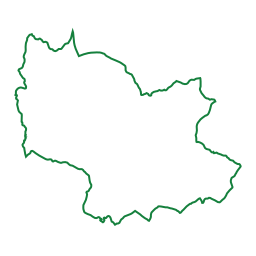 Lolotoe, Bobonaro, East Timor
{"feature_id": "22284137B16004980931012", "entity_name": "Lolotoe", "entity_type": "district", "adm_level": 2, "iso_a3": "TLS", "parent_name": "East Timor", "parent_adm1": "Bobonaro", "projection": "natural_earth1", "projection_center": [125.249, -9.146], "detail": "fine", "context": "isolated", "style": "outline", "palette": "green", "viewbox_px": 256, "rotation_deg": 0, "n_neighbors": 0, "source": "geoboundaries", "source_scale": "gbopen_adm2", "svg_char_len": 5701}
<svg xmlns="http://www.w3.org/2000/svg" viewBox="0 0 256 256"><path d="M72.7,31.3L72.1,33.5L71.2,37.5L70.7,38.9L68.1,43.2L65.9,43.7L64.9,44.2L61.5,48.7L61.0,49.0L58.7,49.0L56.9,50.5L55.6,51.1L54.6,51.0L53.3,50.4L52.9,49.7L52.1,49.2L50.7,49.1L49.6,48.4L49.0,47.5L47.4,42.8L47.1,42.5L45.9,41.9L45.2,41.8L43.7,42.2L42.7,41.5L41.9,40.1L40.1,38.7L39.4,38.6L38.2,39.4L35.8,39.1L35.3,38.8L34.6,37.9L33.8,36.2L32.5,35.7L31.8,34.2L30.9,34.6L30.0,34.7L29.3,35.2L27.2,38.1L27.1,40.0L26.0,42.9L25.8,44.3L25.6,46.8L25.7,50.2L25.5,51.9L24.3,54.4L23.8,55.9L23.7,56.6L23.8,57.4L24.4,58.6L24.6,59.4L24.6,60.4L24.5,61.9L23.3,64.4L22.8,66.6L22.1,67.7L21.6,68.1L19.1,69.2L18.6,70.0L18.5,70.6L19.5,71.8L20.2,74.0L21.7,76.1L22.1,76.8L23.1,78.1L24.3,78.8L24.6,79.3L24.8,80.8L24.8,81.2L24.2,82.1L24.2,82.8L24.5,83.6L25.8,85.8L26.1,86.6L26.0,87.9L25.8,88.3L24.9,88.6L21.6,87.6L20.4,87.5L19.0,87.9L18.1,88.4L17.2,89.2L16.1,90.7L15.9,91.6L15.9,93.8L15.4,95.0L16.2,95.4L16.7,95.2L16.9,95.3L16.9,95.8L16.1,97.6L16.1,98.4L16.2,98.8L17.0,99.3L17.9,100.5L17.1,104.5L18.5,110.4L19.1,111.7L21.1,113.6L21.5,113.8L21.7,114.3L21.8,115.4L21.6,121.8L21.9,122.2L22.2,122.3L22.4,122.9L22.4,123.5L22.3,124.7L22.6,125.2L24.0,125.6L24.3,125.9L24.8,126.8L25.7,127.7L26.1,128.8L26.0,130.2L25.4,131.6L25.4,133.2L25.3,134.4L25.8,134.8L25.7,135.2L25.2,135.3L25.1,135.9L25.2,136.5L25.4,137.1L25.8,137.2L25.4,137.8L25.6,138.5L25.3,138.7L25.1,139.9L24.7,140.5L24.4,140.4L24.1,140.5L24.0,141.2L24.1,142.1L23.9,142.8L22.9,144.0L22.5,144.9L23.0,146.5L24.3,148.1L24.3,148.8L25.2,153.9L26.0,156.7L27.9,154.7L29.8,153.5L30.4,152.8L30.8,151.6L31.4,151.0L32.4,150.9L33.6,151.6L35.5,153.1L39.3,155.6L45.7,159.1L47.3,159.6L48.3,159.6L50.0,159.3L50.8,159.4L51.4,159.6L52.5,161.3L53.1,161.5L54.5,160.8L55.3,160.7L56.0,160.9L58.1,162.0L60.5,162.8L61.4,162.8L62.8,162.3L65.3,162.1L66.3,162.4L67.2,162.6L68.0,163.3L68.7,164.1L70.2,165.2L72.6,165.7L78.0,168.8L79.7,169.2L81.3,169.1L82.2,169.3L83.1,170.0L83.7,170.9L84.2,171.5L85.0,172.0L86.2,173.5L88.7,175.4L89.0,176.0L89.6,180.4L90.1,182.6L91.3,184.9L91.2,186.6L90.9,187.5L89.5,189.2L88.7,190.8L87.9,191.4L86.8,191.7L86.4,192.4L87.1,194.3L86.7,196.7L85.9,199.8L83.4,205.1L83.3,207.2L83.4,209.1L84.1,211.5L84.4,212.1L85.3,212.9L87.8,214.1L90.6,215.1L92.6,216.6L94.8,217.9L96.1,218.1L97.0,217.9L98.0,217.3L98.7,217.1L99.2,217.3L99.6,217.5L100.2,218.6L101.2,218.8L101.6,219.3L100.3,220.3L100.7,220.9L101.4,221.1L101.8,221.3L102.5,222.2L103.1,222.2L103.7,221.7L104.4,220.2L103.8,218.5L103.8,218.0L104.3,217.6L105.6,218.1L106.2,217.9L107.1,216.7L107.8,216.2L108.7,216.0L109.6,216.5L110.3,217.4L110.6,218.1L111.7,221.6L113.2,222.3L115.0,224.7L116.0,224.1L116.5,223.6L118.1,223.5L119.4,222.8L120.6,220.5L121.2,219.5L122.8,218.3L123.8,217.1L124.6,216.4L130.7,214.0L132.1,213.2L135.1,210.9L140.3,214.5L141.8,215.9L144.4,217.8L145.6,218.6L146.9,219.2L148.3,220.5L149.0,220.8L150.0,219.2L150.7,217.6L150.9,216.5L150.9,214.8L151.1,213.9L151.2,213.3L151.6,212.4L153.8,210.1L155.4,208.6L157.5,207.4L158.2,206.5L158.9,206.3L161.1,206.5L165.4,207.3L167.2,207.3L170.5,208.3L171.8,208.5L175.0,209.5L176.1,209.9L176.8,210.4L177.4,211.0L178.3,211.2L179.9,212.9L180.6,212.7L181.2,212.1L182.4,210.6L183.3,209.9L186.6,206.4L189.6,204.1L190.2,203.8L191.0,203.8L191.6,203.2L192.5,202.6L194.3,202.1L195.6,201.5L198.7,198.8L199.9,198.3L201.5,200.7L202.2,202.9L203.1,202.8L203.6,202.0L204.3,199.8L205.0,199.0L205.8,198.6L207.4,198.6L208.5,198.2L209.0,197.8L210.4,198.0L211.4,198.7L214.9,200.3L217.9,202.1L219.7,202.3L220.3,201.9L222.3,199.9L224.2,198.4L224.9,197.5L226.1,195.5L227.0,193.4L229.6,190.3L232.4,187.6L232.5,187.0L230.9,182.3L230.8,181.0L230.9,180.1L231.4,178.5L231.7,177.8L234.0,176.4L234.6,175.9L235.6,173.9L236.1,173.3L236.5,172.3L237.7,170.4L240.6,166.6L240.6,166.0L239.8,164.5L239.3,164.1L237.7,164.0L236.8,163.6L234.5,162.3L233.1,160.7L230.7,160.1L229.7,159.6L229.1,159.0L228.7,158.3L227.1,157.3L226.7,156.4L225.8,155.6L223.7,155.6L222.1,155.1L221.3,154.6L217.7,153.4L217.3,153.0L216.6,152.6L215.7,152.9L215.0,152.9L214.0,153.2L213.7,152.9L213.4,152.0L212.8,152.4L211.8,152.3L211.0,151.6L209.6,149.8L206.5,149.0L205.7,148.5L205.0,147.9L203.5,144.8L201.8,143.4L199.8,142.4L198.1,141.9L197.0,142.1L196.5,141.9L196.3,140.8L196.3,138.0L195.7,135.2L196.5,133.0L196.9,130.5L196.7,126.7L196.8,125.7L197.2,124.1L198.0,122.6L200.5,119.4L202.4,117.8L204.5,116.3L205.5,115.6L206.5,115.4L208.0,114.3L208.8,112.9L209.9,110.0L211.2,104.9L211.5,104.2L212.4,103.3L213.4,102.6L214.5,101.8L215.3,101.5L214.9,100.4L214.2,99.6L211.4,99.2L209.9,99.7L208.2,98.6L206.7,98.4L206.2,98.2L205.3,97.6L204.3,96.6L203.7,95.7L201.6,93.2L200.1,90.1L199.9,89.0L200.6,86.4L200.6,81.5L200.4,78.7L200.2,78.1L196.7,78.6L195.7,78.9L194.2,79.9L191.4,79.7L190.5,80.1L189.8,80.5L189.2,81.1L187.8,83.1L187.1,83.6L186.2,84.0L184.7,84.1L183.9,83.9L182.6,83.6L180.7,82.5L176.4,81.0L176.0,81.6L173.5,83.3L171.8,85.5L170.5,86.6L168.9,87.4L168.0,88.1L167.1,89.4L166.1,90.2L165.1,90.3L164.3,89.7L162.7,90.5L161.7,90.6L160.5,90.5L159.5,90.0L159.0,90.2L157.5,91.1L156.1,91.3L153.8,91.9L152.2,92.9L151.6,93.6L151.3,94.2L151.2,95.3L150.8,95.6L150.3,95.7L149.3,95.5L148.8,95.1L148.2,94.0L146.6,93.1L145.0,94.0L144.0,94.2L143.5,94.6L142.8,94.9L141.5,95.0L141.1,94.7L140.8,91.6L140.5,91.0L140.2,89.8L139.8,88.8L138.9,87.8L137.5,84.8L137.0,84.0L135.4,82.8L134.4,80.5L134.3,79.5L134.0,78.7L131.8,74.7L131.3,74.3L129.9,73.9L129.0,73.3L127.0,72.4L126.3,71.8L125.6,70.3L125.6,67.6L125.3,66.1L124.6,65.4L121.1,63.0L119.7,62.2L115.4,60.3L111.0,58.5L109.8,57.7L106.7,56.1L106.0,55.6L104.5,54.0L103.8,53.6L102.8,53.4L101.7,52.9L99.9,52.5L96.6,52.4L91.0,52.7L88.2,53.1L83.7,54.3L78.9,56.1L75.7,48.8L74.6,45.3L74.1,42.8L73.1,32.6L72.7,31.3Z" fill="none" stroke="#15803d" stroke-width="2"/></svg>